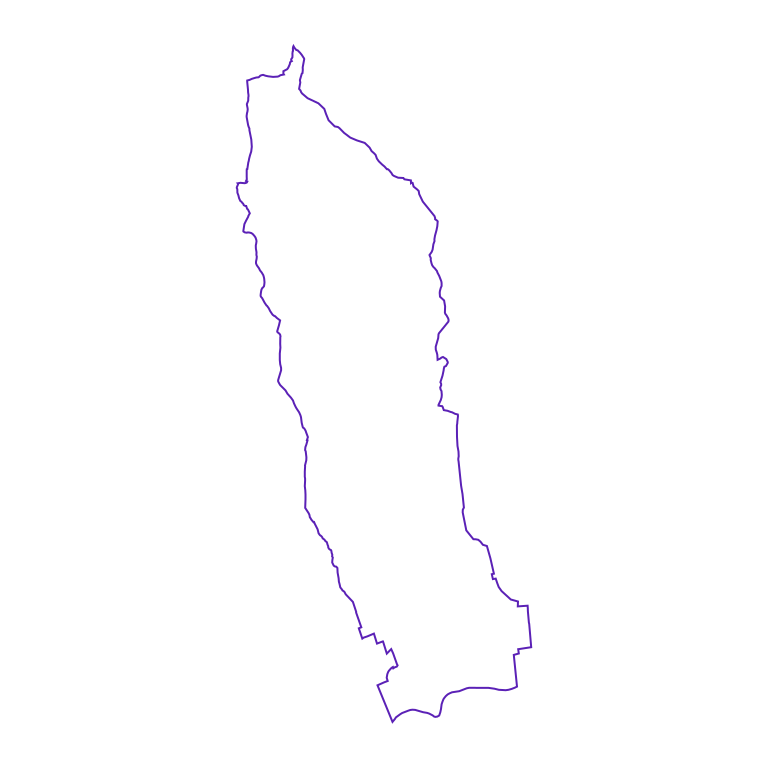 the district of Ciceu - Mihaiesti, Bistrita-Nasaud, Romania
{"feature_id": "2599482B16133994523797", "entity_name": "Ciceu - Mihaiesti", "entity_type": "district", "adm_level": 2, "iso_a3": "ROU", "parent_name": "Romania", "parent_adm1": "Bistrita-Nasaud", "projection": "mercator", "projection_center": [23.946, 47.221], "detail": "fine", "context": "isolated", "style": "outline", "palette": "violet", "viewbox_px": 768, "rotation_deg": 0, "n_neighbors": 0, "source": "geoboundaries", "source_scale": "gbopen_adm2", "svg_char_len": 6066}
<svg xmlns="http://www.w3.org/2000/svg" viewBox="0 0 768 768"><path d="M392.5,721.9L394.9,719.0L395.9,717.4L400.4,714.1L402.2,713.0L408.2,710.7L410.2,710.0L412.5,709.7L415.2,709.9L423.1,712.2L427.2,712.9L429.2,713.6L432.7,715.4L434.0,716.5L435.3,716.9L437.3,716.6L439.2,715.5L440.3,712.3L441.0,709.0L441.6,704.3L442.5,701.6L443.4,699.3L444.1,698.2L445.8,696.1L447.7,694.4L449.7,693.3L452.0,692.3L459.2,691.2L466.7,688.3L469.1,687.8L488.7,687.9L494.4,688.7L498.9,689.8L505.7,690.2L508.5,689.8L511.7,688.9L514.8,687.7L517.0,686.6L513.8,654.9L518.8,653.5L518.2,649.2L531.2,647.2L529.2,623.8L528.9,622.7L527.9,611.4L527.8,608.2L527.6,605.7L517.8,606.4L518.0,601.5L510.8,599.5L501.6,591.1L498.7,587.0L497.3,583.3L495.7,578.6L492.9,579.1L491.8,574.2L493.9,573.7L490.4,558.3L486.9,546.0L482.9,544.8L480.5,541.7L478.3,539.8L475.8,539.3L473.4,539.2L466.3,530.4L462.7,512.4L462.8,509.7L463.9,507.6L462.5,494.0L461.1,485.7L458.6,461.6L458.3,459.9L458.3,458.6L458.7,456.2L458.5,451.6L457.5,446.0L457.0,436.8L456.9,425.4L457.3,423.1L457.3,422.1L458.0,416.0L457.8,414.5L455.0,413.8L452.1,412.3L450.5,411.9L447.6,410.8L443.8,410.1L442.7,407.0L442.2,406.2L438.5,405.6L438.5,404.9L440.8,400.0L441.6,397.2L441.8,394.9L441.5,391.1L440.6,389.5L440.2,387.5L441.2,385.1L441.1,383.7L440.4,382.2L442.5,375.7L443.6,370.5L443.9,368.3L444.4,366.7L446.0,366.0L447.8,362.8L447.7,361.9L446.3,359.1L443.0,357.0L441.4,357.6L440.4,358.5L437.6,359.8L437.3,354.8L436.8,352.7L435.8,349.7L435.7,346.8L438.2,338.1L438.5,334.3L439.0,333.2L448.4,321.6L448.6,320.1L448.2,318.4L446.6,315.5L445.3,313.8L444.9,312.6L445.1,306.4L444.1,300.5L440.0,296.7L439.7,292.9L439.9,291.0L440.8,287.8L441.6,286.0L441.6,283.0L441.3,281.3L439.2,275.9L437.4,272.5L437.0,271.1L434.7,268.2L433.5,267.1L432.2,265.3L431.5,263.3L430.7,259.9L430.8,258.1L429.8,255.9L429.5,255.0L431.7,251.9L432.6,249.6L433.4,244.2L434.5,241.1L434.4,239.2L435.0,235.7L436.5,230.2L437.3,226.2L437.7,221.4L437.3,220.8L435.1,219.2L435.1,217.9L434.5,216.1L422.8,201.6L419.2,194.1L418.7,191.0L417.1,189.4L413.6,186.6L412.6,182.9L411.7,182.6L411.0,183.1L410.9,180.4L404.4,179.3L403.4,178.0L398.1,177.7L394.1,176.0L392.7,175.1L392.2,174.4L391.5,173.1L389.2,170.3L387.7,169.1L386.9,169.2L384.5,166.5L382.2,164.6L378.8,161.3L376.9,158.6L375.6,154.9L374.1,153.3L371.6,151.1L369.6,147.6L364.7,142.9L356.9,140.4L350.3,137.6L344.1,132.9L339.4,128.1L337.9,127.0L334.7,126.4L328.6,120.3L326.0,113.9L324.3,108.9L318.4,103.3L307.6,98.2L302.1,93.5L301.1,92.1L300.5,90.5L299.1,88.9L300.3,82.5L299.9,80.1L301.8,73.6L302.5,73.1L302.8,69.9L302.7,67.3L304.2,59.2L304.1,58.5L301.7,54.8L300.0,52.7L297.6,50.3L296.3,50.0L294.4,47.7L293.5,46.1L293.1,47.0L292.9,48.3L293.0,51.0L292.7,51.3L292.4,53.8L292.5,55.0L292.4,57.4L291.6,58.7L291.3,59.0L291.2,59.3L291.2,60.2L291.8,61.1L291.0,61.5L290.1,62.3L289.8,64.2L288.2,67.8L287.2,69.2L283.4,71.2L283.4,73.7L283.9,74.5L280.4,75.2L278.9,76.2L277.7,76.6L273.1,76.9L268.1,76.3L265.4,75.7L263.2,74.9L262.3,75.0L260.4,75.6L259.1,76.9L258.5,77.3L256.3,77.5L254.2,78.1L251.7,78.9L249.6,79.9L247.2,80.5L247.2,81.7L248.0,89.9L248.1,92.4L248.5,95.0L248.5,96.4L248.3,97.3L248.2,100.7L246.9,104.0L246.9,104.8L247.6,108.3L247.7,109.6L247.4,111.7L247.0,113.1L246.6,116.1L246.7,117.3L248.1,125.0L248.6,126.7L249.4,128.6L249.4,130.1L251.3,139.6L251.8,146.8L251.2,151.6L250.0,155.3L249.1,158.8L248.7,161.1L248.3,162.4L247.3,169.1L246.8,169.2L246.7,170.0L246.7,176.7L246.8,179.4L246.0,181.0L247.3,181.5L246.8,182.5L245.7,183.0L244.6,183.2L240.4,182.8L237.8,183.3L238.2,183.7L238.1,184.2L236.8,187.3L236.8,188.1L237.3,189.2L237.4,192.7L238.4,195.4L239.1,198.2L240.3,200.9L241.4,201.7L242.3,202.9L243.1,203.6L243.8,205.2L245.4,206.0L246.2,206.0L247.1,208.8L247.9,209.4L248.4,210.4L249.8,213.3L248.4,215.8L248.2,216.7L246.1,220.6L244.4,224.1L243.3,231.2L243.5,231.6L244.8,232.4L246.8,232.7L247.9,232.4L249.7,232.6L251.4,233.1L252.7,234.0L254.4,235.9L255.5,237.5L256.3,239.9L256.5,241.3L256.2,243.5L255.8,245.3L255.8,246.7L255.9,248.7L256.5,252.2L256.4,255.0L256.8,256.6L256.6,258.8L256.1,261.1L256.0,262.2L256.0,263.2L256.3,264.1L256.9,265.4L259.0,268.3L260.0,270.4L261.7,272.5L263.3,275.2L263.9,277.3L264.2,278.8L264.5,282.3L264.3,284.4L264.0,286.2L263.0,287.5L262.4,287.9L261.5,289.5L261.1,291.4L260.7,294.2L260.6,295.5L260.7,296.2L261.1,296.9L262.2,298.2L264.6,302.7L266.5,305.5L267.0,305.8L268.8,308.3L270.1,311.0L272.3,314.3L272.8,314.9L274.0,315.7L274.4,316.1L275.1,316.2L276.9,318.0L280.1,320.4L278.9,325.5L277.2,331.3L277.5,332.2L279.3,333.6L280.1,334.6L280.5,336.3L280.3,337.3L280.2,343.8L280.4,347.8L279.8,353.4L279.8,360.0L280.2,364.2L281.1,367.9L281.1,370.3L278.2,379.9L278.1,380.6L278.2,381.5L279.3,383.6L280.2,385.1L285.5,390.4L287.5,393.8L291.0,397.7L293.0,400.5L294.0,403.4L295.5,406.6L296.5,408.4L299.1,412.3L300.4,415.2L301.0,417.2L301.7,422.8L302.7,426.9L303.0,427.6L304.2,428.4L305.3,430.2L305.7,431.0L306.1,432.3L307.9,437.1L306.9,440.2L307.5,440.4L306.3,444.7L305.4,447.1L305.1,450.1L305.7,451.3L306.4,457.3L306.3,460.2L305.0,465.5L305.1,466.3L304.8,471.6L304.8,476.7L305.1,478.6L305.1,480.7L304.8,486.1L305.3,490.4L305.5,494.6L305.5,499.4L305.2,507.9L308.7,513.3L309.4,514.8L309.9,517.4L310.5,518.1L311.3,519.6L313.0,521.6L313.6,522.3L314.1,522.1L314.9,524.0L317.6,529.3L318.6,533.3L319.9,535.1L321.3,536.1L322.2,537.2L322.7,538.4L324.4,539.6L325.5,541.2L326.6,541.9L327.1,543.0L327.5,544.6L328.2,546.2L328.2,547.2L328.8,548.6L330.1,549.7L331.0,550.1L331.3,550.7L331.7,553.0L332.3,554.8L332.1,556.4L332.8,557.5L332.4,559.8L332.2,562.5L333.7,565.6L334.8,566.4L336.3,566.7L337.4,568.0L337.6,572.6L338.6,578.2L338.9,581.7L339.5,583.8L340.3,587.4L342.2,589.8L342.4,590.4L343.8,591.3L344.5,592.0L345.7,594.3L352.9,601.9L356.2,611.9L356.1,612.5L361.3,627.3L358.8,628.3L362.3,638.6L363.7,637.6L367.3,636.4L373.9,633.6L377.0,643.6L382.8,641.4L383.0,641.4L386.8,653.6L391.2,649.1L393.1,653.3L397.0,664.3L397.6,665.3L396.8,666.6L394.6,667.4L393.3,668.3L392.9,667.0L392.1,667.5L390.9,668.5L388.8,670.9L388.1,672.1L387.3,674.2L386.7,677.8L387.7,681.0L384.0,682.4L377.5,685.3L392.5,721.9Z" fill="none" stroke="#5b21b6" stroke-width="2"/></svg>